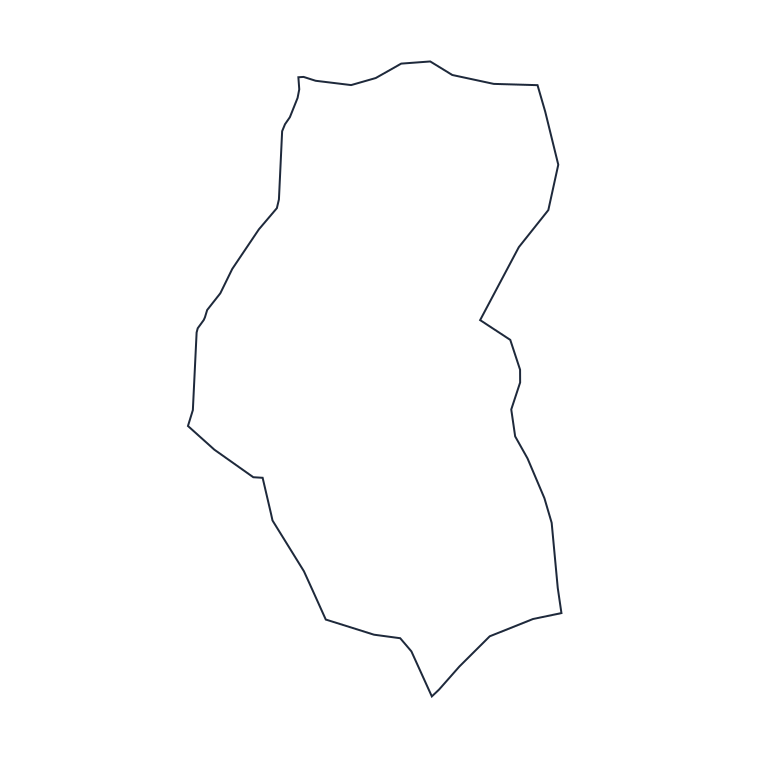 an SVG outline of Al Marqab, rotated 263°
{"feature_id": "LBY-2966", "entity_name": "Al Marqab", "entity_type": "Municipality", "adm_level": 1, "iso_a3": "LBY", "parent_name": "Libya", "parent_adm1": "", "projection": "mercator", "projection_center": [14.087, 32.352], "detail": "fine", "context": "isolated", "style": "outline", "palette": "slate", "viewbox_px": 768, "rotation_deg": 263, "n_neighbors": 0, "source": "natural_earth", "source_scale": "10m", "svg_char_len": 871}
<svg xmlns="http://www.w3.org/2000/svg" viewBox="0 0 768 768"><g transform="rotate(263 384 384)"><path d="M366.2,184.3L381.4,191.1L458.0,204.3L462.0,205.9L469.5,212.9L472.0,214.4L479.0,217.5L494.0,232.6L516.7,247.4L552.8,278.7L571.6,299.1L580.0,302.2L647.3,313.7L653.9,317.4L660.3,323.1L678.5,333.1L686.8,335.8L698.9,336.4L698.6,341.6L693.3,353.1L684.7,387.8L688.7,413.1L699.9,440.1L698.5,469.2L682.4,489.4L668.5,529.5L661.9,572.8L634.7,577.2L580.4,583.7L536.6,568.3L503.4,534.5L435.7,487.2L412.4,514.7L381.6,520.8L368.9,519.3L343.2,507.2L316.0,507.8L292.6,517.4L251.1,529.3L225.8,533.5L160.4,531.6L135.0,532.2L132.6,503.3L120.7,458.2L94.5,424.5L74.0,401.4L68.1,393.4L115.3,378.6L129.7,369.1L136.4,343.5L157.3,297.5L188.2,287.9L207.9,281.7L262.1,256.7L268.5,256.1L305.7,252.1L307.4,242.9L339.5,207.6L366.2,184.3Z" fill="none" stroke="#1e293b" stroke-width="2"/></g></svg>